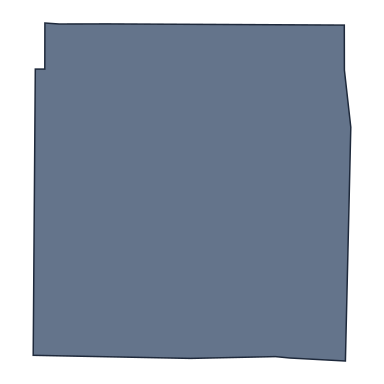 outline of Madison, Missouri, United States of America
{"feature_id": "52423323B26230724482566", "entity_name": "Madison", "entity_type": "district", "adm_level": 2, "iso_a3": "USA", "parent_name": "United States of America", "parent_adm1": "Missouri", "projection": "equal_earth", "projection_center": [-90.333, 37.478], "detail": "fine", "context": "isolated", "style": "filled", "palette": "slate", "viewbox_px": 384, "rotation_deg": 0, "n_neighbors": 0, "source": "geoboundaries", "source_scale": "gbopen_adm2", "svg_char_len": 287}
<svg xmlns="http://www.w3.org/2000/svg" viewBox="0 0 384 384"><path d="M344.4,70.1L344.3,25.1L107.7,23.9L59.0,24.0L44.9,23.0L44.8,69.1L35.3,69.1L33.2,355.3L190.5,358.4L275.4,356.6L289.8,358.0L345.4,361.0L350.8,127.3L344.4,70.1Z" fill="#64748b" stroke="#1e293b" stroke-width="1.5"/></svg>